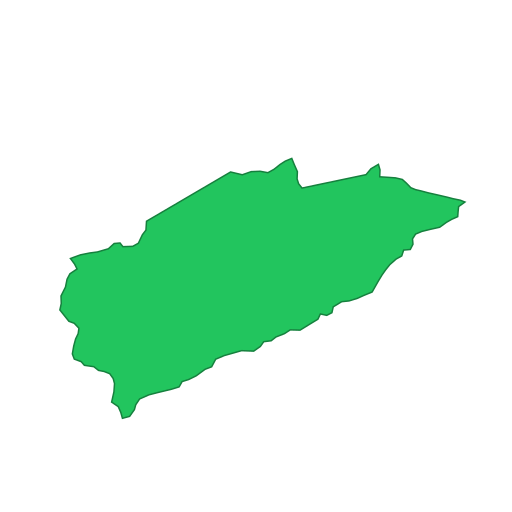 Aragoiânia, Goiás, Brazil (Equal Earth projection), rotated 61°
{"feature_id": "56859067B44164083343773", "entity_name": "Aragoiânia", "entity_type": "district", "adm_level": 2, "iso_a3": "BRA", "parent_name": "Brazil", "parent_adm1": "Goiás", "projection": "equal_earth", "projection_center": [-49.411, -16.939], "detail": "fine", "context": "isolated", "style": "filled", "palette": "green", "viewbox_px": 512, "rotation_deg": 61, "n_neighbors": 0, "source": "geoboundaries", "source_scale": "gbopen_adm2", "svg_char_len": 1710}
<svg xmlns="http://www.w3.org/2000/svg" viewBox="0 0 512 512"><g transform="rotate(61 256 256)"><path d="M235.2,104.5L235.4,113.1L238.2,120.3L218.9,182.8L213.5,183.7L208.5,182.7L202.3,178.9L194.5,178.2L188.0,177.4L187.2,184.4L187.6,190.4L188.9,198.3L188.9,205.2L183.9,211.3L179.9,219.3L178.3,228.6L170.2,237.5L172.5,334.9L180.0,339.7L182.3,345.0L187.8,352.7L187.8,359.1L183.3,367.9L178.7,368.6L176.3,374.0L178.1,381.6L175.6,392.7L172.8,399.8L169.9,408.9L168.2,419.5L175.1,418.6L180.6,418.8L181.3,427.3L184.7,432.5L190.8,437.7L196.4,445.9L203.2,449.4L208.1,453.7L222.4,451.3L226.7,447.6L233.3,445.9L237.7,449.2L241.1,454.0L246.4,459.1L252.6,464.1L258.1,464.9L263.7,460.1L268.4,459.1L274.2,451.5L279.7,449.2L283.3,444.9L288.0,441.0L293.9,440.3L299.0,441.6L305.9,446.1L313.8,453.1L320.9,449.5L327.3,450.1L333.2,451.5L335.0,444.3L331.4,436.8L327.8,433.3L324.6,427.1L325.5,417.0L327.7,408.5L331.6,394.3L333.2,386.7L330.0,381.5L331.4,374.8L331.8,366.3L330.4,355.4L331.4,348.5L326.7,341.3L327.7,332.0L329.7,323.5L331.8,314.5L338.1,304.1L337.2,296.0L334.7,290.8L337.5,283.8L336.5,277.8L337.7,268.7L337.2,261.9L342.2,253.4L341.7,242.6L341.3,232.5L337.9,227.8L342.2,222.9L342.4,217.1L337.9,213.1L337.5,203.2L340.4,196.4L342.2,187.7L342.7,181.3L343.8,171.9L337.5,161.6L333.6,154.8L330.9,149.2L328.4,143.1L326.6,134.8L326.6,128.5L322.4,124.0L325.1,117.9L321.8,113.0L316.9,110.8L314.2,105.8L314.9,99.1L317.2,90.6L319.9,81.4L318.9,73.2L318.8,67.0L319.4,60.5L315.1,57.7L311.0,54.8L310.1,47.1L306.3,50.2L301.3,56.0L297.3,60.2L290.8,67.4L284.2,74.8L279.0,80.2L275.4,84.2L271.3,87.5L265.3,89.1L260.0,90.9L255.3,96.1L251.9,101.3L246.7,109.4L240.8,105.8L235.2,104.5Z" fill="#22c55e" stroke="#15803d" stroke-width="1.5"/></g></svg>